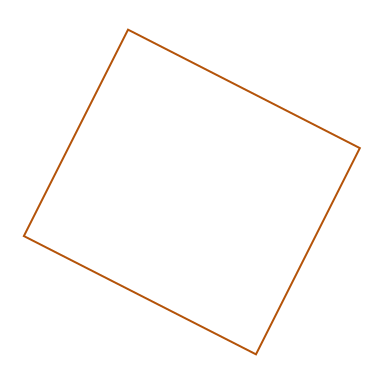 the district of Motley, Texas, United States of America, rotated 297°
{"feature_id": "52423323B8649342389596", "entity_name": "Motley", "entity_type": "district", "adm_level": 2, "iso_a3": "USA", "parent_name": "United States of America", "parent_adm1": "Texas", "projection": "natural_earth1", "projection_center": [-100.804, 34.074], "detail": "fine", "context": "isolated", "style": "outline", "palette": "amber", "viewbox_px": 384, "rotation_deg": 297, "n_neighbors": 0, "source": "geoboundaries", "source_scale": "gbopen_adm2", "svg_char_len": 244}
<svg xmlns="http://www.w3.org/2000/svg" viewBox="0 0 384 384"><g transform="rotate(297 192 192)"><path d="M307.3,321.6L307.6,61.3L118.5,62.0L76.4,62.2L76.4,161.0L76.4,322.7L307.3,321.6Z" fill="none" stroke="#b45309" stroke-width="2"/></g></svg>